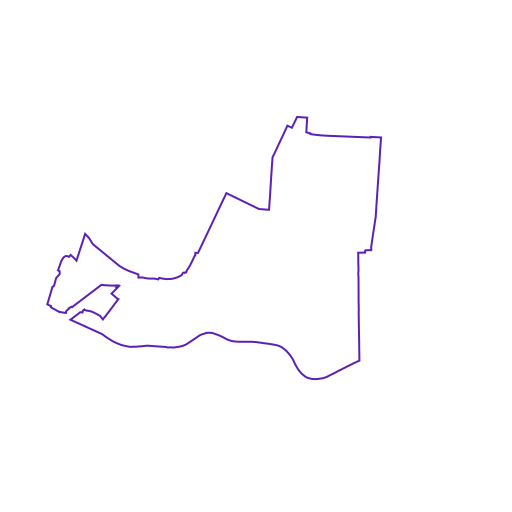 Capelle aan den IJssel, Zuid-Holland, Netherlands (Mercator projection), rotated 40°
{"feature_id": "6326949B80827814559487", "entity_name": "Capelle aan den IJssel", "entity_type": "district", "adm_level": 2, "iso_a3": "NLD", "parent_name": "Netherlands", "parent_adm1": "Zuid-Holland", "projection": "mercator", "projection_center": [4.571, 51.936], "detail": "fine", "context": "isolated", "style": "outline", "palette": "violet", "viewbox_px": 512, "rotation_deg": 40, "n_neighbors": 0, "source": "geoboundaries", "source_scale": "gbopen_adm2", "svg_char_len": 5835}
<svg xmlns="http://www.w3.org/2000/svg" viewBox="0 0 512 512"><g transform="rotate(40 256 256)"><path d="M280.7,91.8L275.6,84.8L267.2,91.1L267.6,91.6L240.0,112.9L235.9,116.1L231.8,119.2L227.7,122.2L223.5,125.0L219.3,127.7L218.8,127.1L217.1,127.9L216.5,128.2L216.1,128.4L215.0,128.9L206.3,117.1L198.1,123.1L199.7,129.3L200.5,132.5L201.1,134.7L196.3,136.0L199.4,147.3L201.6,155.9L202.3,158.3L204.8,167.9L204.8,168.2L205.2,169.7L210.1,176.5L223.4,194.6L227.0,199.4L231.4,205.5L231.8,206.0L232.0,206.3L232.2,206.6L232.4,206.9L236.3,212.2L228.1,218.1L192.9,226.9L209.6,290.9L207.5,292.5L208.5,293.8L209.1,294.6L208.8,294.9L210.4,300.9L211.2,304.3L211.6,305.9L212.0,308.6L212.1,310.4L212.1,310.5L212.7,312.5L212.8,312.8L213.0,313.5L212.1,314.3L212.2,314.7L211.9,314.7L211.8,314.8L211.4,315.2L211.0,315.5L210.9,316.2L211.3,318.0L211.1,319.1L210.7,320.1L210.0,321.8L209.5,322.8L209.0,323.7L208.6,324.3L208.0,325.2L207.0,326.6L206.4,327.3L205.3,328.6L204.1,329.6L203.5,330.2L202.3,331.2L201.1,332.0L200.0,332.7L198.4,333.7L197.2,334.3L195.9,335.0L196.2,336.7L192.7,338.6L191.7,339.5L189.4,341.4L189.2,341.5L187.6,342.8L182.7,345.5L179.8,348.1L177.7,345.7L171.8,347.9L167.8,349.3L162.6,350.7L157.8,351.4L151.8,351.5L131.7,351.7L123.4,351.8L120.9,351.0L116.4,349.5L116.0,349.5L113.5,349.2L110.9,348.9L114.6,358.0L115.8,361.0L117.3,364.7L121.5,375.0L120.1,374.8L118.5,374.6L117.2,374.5L115.9,374.4L114.6,374.4L113.3,374.4L113.3,376.1L113.3,376.9L112.7,377.0L112.4,377.0L112.0,377.2L111.6,377.4L111.3,377.5L111.0,377.7L110.8,377.9L110.5,378.2L110.2,378.6L110.0,378.9L109.9,379.3L109.7,379.8L109.6,380.3L109.6,380.7L109.5,381.1L109.5,381.5L109.7,382.4L109.7,382.7L109.9,383.7L110.0,384.7L110.7,386.7L111.5,388.8L111.9,389.7L112.2,390.6L113.6,394.3L115.4,393.9L116.8,395.5L117.2,396.2L117.1,401.5L120.4,408.5L120.4,408.8L120.3,409.4L120.3,409.7L120.2,409.9L120.1,410.1L120.0,410.3L119.9,410.5L125.6,423.4L126.1,424.6L126.6,425.8L127.2,427.2L131.2,426.1L131.5,426.9L131.7,427.1L133.8,426.8L135.2,426.5L139.8,425.6L140.3,425.5L140.4,425.4L140.5,425.4L140.8,425.3L141.4,425.3L141.4,425.0L141.8,424.8L142.6,424.4L143.2,424.1L144.1,423.6L145.3,422.9L145.5,422.8L145.7,422.7L146.0,422.5L146.3,422.2L146.5,422.1L146.8,421.9L146.9,421.7L147.0,421.6L146.3,420.9L146.2,420.8L146.2,420.7L146.1,420.4L146.1,420.2L146.1,419.8L146.1,419.3L146.2,418.6L146.3,417.5L146.5,417.0L146.0,416.8L145.9,416.9L146.6,415.2L147.0,414.3L147.1,414.0L147.2,413.6L148.0,413.5L148.3,411.9L148.6,410.6L148.7,410.0L148.9,409.4L149.0,408.9L156.1,377.5L157.2,376.7L158.5,375.9L159.1,375.5L160.2,374.6L160.8,374.2L162.9,372.6L163.1,372.5L164.9,371.1L167.3,369.0L168.2,368.2L168.6,367.8L169.2,367.2L169.4,367.1L169.2,368.8L170.3,367.7L169.5,377.7L172.2,377.7L177.2,377.8L178.3,377.5L178.5,381.9L178.6,384.4L178.7,385.5L178.8,387.5L178.9,389.2L179.0,391.1L179.1,392.6L179.1,393.8L179.2,394.2L179.2,395.8L179.3,397.2L179.4,398.5L179.4,399.3L179.3,400.1L179.4,400.6L179.4,402.1L179.5,403.0L178.3,402.8L175.0,402.1L174.4,402.3L172.5,402.6L171.0,402.9L168.1,403.6L167.3,403.8L166.0,404.2L164.6,404.8L164.4,404.9L162.2,406.1L161.9,406.3L161.8,406.5L161.6,406.6L161.3,406.6L159.5,407.5L158.9,407.3L158.5,409.2L159.4,410.8L157.6,411.9L157.5,412.0L157.4,412.2L157.3,412.9L157.1,413.9L157.0,414.5L156.7,415.6L156.6,416.3L156.5,416.7L156.4,417.0L156.2,417.7L156.1,418.3L155.9,419.3L155.7,420.3L155.4,421.5L155.2,422.6L154.9,423.7L154.8,424.1L188.6,414.7L191.2,414.6L193.7,414.4L196.3,414.1L198.8,413.7L201.4,413.3L203.9,412.7L206.3,412.0L208.7,411.2L211.2,410.2L213.5,409.0L215.8,407.8L218.1,406.4L222.7,402.3L224.5,400.5L226.4,398.7L228.2,396.8L230.0,394.9L231.8,393.5L232.5,393.0L234.2,391.8L235.5,390.9L238.2,388.9L243.0,385.4L244.9,384.0L246.0,383.4L247.2,382.8L248.7,381.4L251.8,379.0L254.4,376.1L257.3,372.5L259.3,368.8L262.9,356.5L263.2,355.3L263.6,354.0L264.0,352.7L264.6,351.5L265.2,350.3L266.0,349.2L266.7,348.1L267.4,346.8L268.5,345.8L269.5,344.8L270.5,344.1L271.6,343.3L272.9,342.7L275.2,341.8L276.4,341.4L277.7,340.9L280.3,340.1L281.6,339.8L282.9,339.4L284.1,339.2L286.6,338.7L288.0,338.3L289.2,337.9L290.4,337.4L291.4,337.0L292.4,336.5L293.6,335.8L294.7,335.1L295.7,334.4L296.7,333.6L297.1,333.4L298.0,332.7L299.1,331.8L299.4,331.5L300.2,330.8L301.0,330.2L302.1,329.3L303.3,328.2L304.1,327.6L305.1,326.8L307.3,324.9L308.7,323.9L311.1,322.1L312.2,321.3L313.2,320.8L314.1,320.2L315.8,319.1L317.1,318.4L318.3,317.6L320.3,316.3L322.3,315.0L325.5,313.1L326.9,312.3L328.2,311.6L330.1,310.6L331.4,310.1L332.4,309.8L333.2,309.6L334.2,309.4L335.5,309.3L336.6,309.2L337.6,309.2L339.3,309.2L341.8,309.4L344.4,309.8L345.6,310.1L346.8,310.3L349.5,311.1L352.1,312.1L353.3,312.7L354.1,313.1L354.7,313.3L355.3,313.6L356.0,313.9L356.8,314.2L356.8,314.3L357.3,314.4L358.1,314.7L359.3,315.1L361.4,315.8L362.0,316.0L364.6,316.5L367.0,316.8L371.3,316.7L371.5,316.7L374.0,316.1L376.2,315.1L378.3,313.9L380.2,312.5L381.9,311.0L382.1,310.8L384.7,307.9L385.3,307.2L385.5,307.0L386.8,305.1L388.1,302.7L388.9,300.8L389.3,299.9L389.8,298.7L390.2,297.8L390.7,296.7L391.8,294.1L392.0,293.6L392.5,292.3L392.9,291.2L393.7,289.5L395.4,285.5L395.9,284.4L396.3,283.4L396.6,282.7L397.2,281.3L398.2,279.1L398.6,278.1L399.7,275.5L400.5,273.9L401.0,272.7L401.5,271.7L402.0,270.7L402.5,269.7L394.0,259.9L393.8,259.7L391.2,256.6L381.1,245.0L370.3,232.5L369.7,231.6L363.6,224.6L348.2,206.4L347.4,205.6L345.9,204.0L345.3,203.3L344.1,201.6L343.3,200.6L342.6,199.8L341.3,198.3L340.2,197.1L340.0,196.8L339.7,196.6L332.2,187.8L333.2,186.9L334.0,186.2L334.8,185.5L336.4,184.1L337.0,183.6L337.4,183.3L336.5,182.2L336.3,182.1L336.3,181.9L336.2,181.6L336.3,181.3L336.3,181.1L336.6,180.9L337.6,180.0L340.5,177.4L340.1,176.9L339.5,176.3L338.9,175.7L338.7,175.4L336.5,171.9L331.9,164.5L329.1,159.8L322.5,149.0L317.7,142.5L316.5,140.9L292.1,107.4L291.0,105.8L282.6,94.5L280.7,91.8Z" fill="none" stroke="#5b21b6" stroke-width="2"/></g></svg>